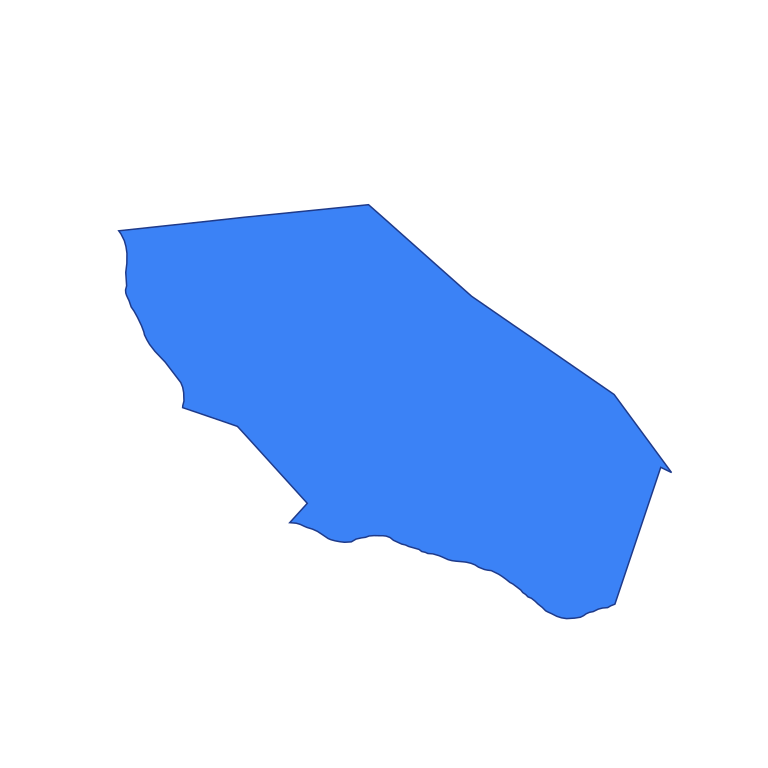 Guaribas, Piauí, Brazil, rotated 109°
{"feature_id": "56859067B53995248140837", "entity_name": "Guaribas", "entity_type": "district", "adm_level": 2, "iso_a3": "BRA", "parent_name": "Brazil", "parent_adm1": "Piauí", "projection": "equal_earth", "projection_center": [-43.543, -9.085], "detail": "fine", "context": "isolated", "style": "filled", "palette": "blue", "viewbox_px": 768, "rotation_deg": 109, "n_neighbors": 0, "source": "geoboundaries", "source_scale": "gbopen_adm2", "svg_char_len": 1678}
<svg xmlns="http://www.w3.org/2000/svg" viewBox="0 0 768 768"><g transform="rotate(109 384 384)"><path d="M325.5,684.7L327.8,681.5L333.0,676.2L338.1,672.7L344.1,669.6L353.7,666.4L357.5,665.6L362.6,664.5L375.0,659.3L379.2,659.0L382.0,657.8L384.0,656.3L386.1,654.3L388.2,652.2L393.5,648.1L396.5,644.0L401.4,638.6L407.9,632.2L413.0,628.0L415.5,626.5L419.4,622.6L422.9,618.5L427.7,611.2L432.7,601.6L434.5,598.1L448.8,576.6L452.6,573.3L457.4,570.6L465.2,567.6L470.0,567.2L471.9,566.7L471.8,538.3L471.8,508.8L478.4,496.6L521.8,417.7L545.8,428.0L544.2,421.7L544.0,417.4L544.5,413.0L544.7,410.1L544.5,404.3L545.0,399.1L546.3,393.9L548.3,386.5L548.5,383.5L548.2,379.1L547.5,374.4L546.5,369.8L543.9,363.5L539.7,359.9L536.8,355.2L535.0,351.6L532.5,348.5L530.6,344.1L528.7,338.2L527.8,335.6L527.1,332.4L527.2,328.2L528.7,324.2L529.6,315.1L529.2,311.3L529.6,307.9L529.3,302.8L529.0,297.0L530.1,293.8L529.7,290.1L530.0,287.4L528.7,282.5L528.4,276.1L528.6,272.7L529.2,266.3L528.9,262.3L528.1,258.3L526.4,251.5L525.7,248.3L525.2,243.4L525.4,239.0L526.4,235.1L526.7,228.7L526.3,225.5L525.5,221.8L526.5,213.8L527.3,210.4L528.7,205.7L530.6,200.4L531.1,197.2L534.2,187.7L536.0,184.9L536.9,181.5L538.4,178.6L538.6,174.9L540.1,170.6L541.8,167.0L543.7,161.6L545.8,157.4L546.2,155.0L546.6,150.7L547.4,145.0L547.3,140.1L546.4,135.0L543.3,127.5L540.6,122.4L538.1,119.9L535.4,118.0L533.0,115.4L531.1,112.1L527.1,108.1L524.6,104.3L522.6,99.7L519.9,97.4L517.0,94.0L372.7,95.2L374.1,83.3L319.0,163.0L306.1,209.3L292.1,259.3L290.5,265.2L286.2,280.9L272.5,329.8L238.6,411.1L227.8,436.9L219.5,457.0L271.9,570.6L279.2,586.0L304.6,640.1L325.5,684.7Z" fill="#3b82f6" stroke="#1e3a8a" stroke-width="1.5"/></g></svg>